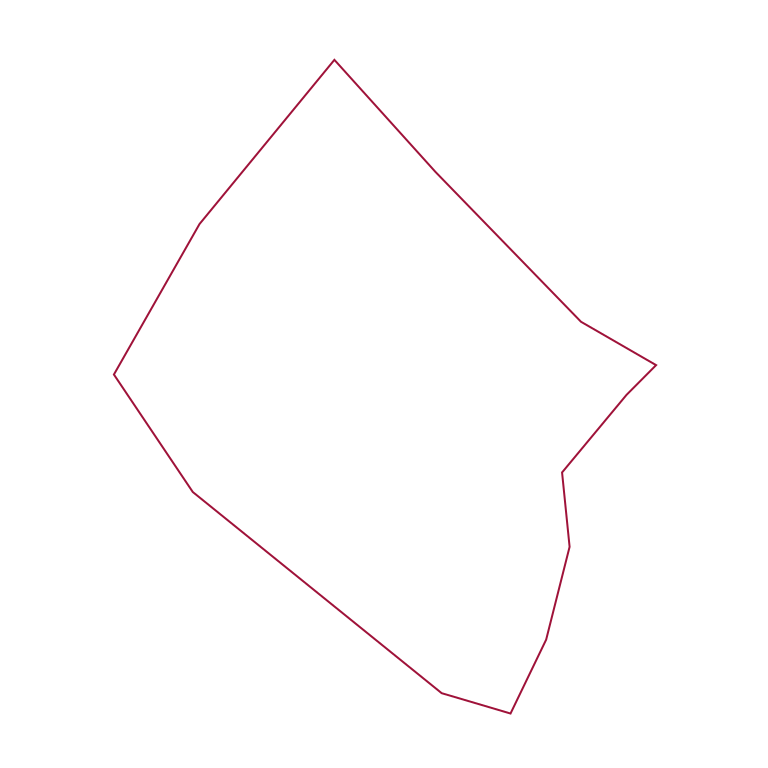 SVG path tracing the border of Saint George, rotated 94°
{"feature_id": "VCT-5067", "entity_name": "Saint George", "entity_type": "Parish", "adm_level": 1, "iso_a3": "VCT", "parent_name": "Saint Vincent and the Grenadines", "parent_adm1": "", "projection": "orthographic", "projection_center": [-61.178, 13.175], "detail": "fine", "context": "isolated", "style": "outline", "palette": "rose", "viewbox_px": 768, "rotation_deg": 94, "n_neighbors": 0, "source": "natural_earth", "source_scale": "10m", "svg_char_len": 332}
<svg xmlns="http://www.w3.org/2000/svg" viewBox="0 0 768 768"><g transform="rotate(94 384 384)"><path d="M703.9,234.8L688.4,304.9L505.1,567.2L393.4,654.1L237.3,579.2L64.1,456.1L168.9,347.4L308.2,191.8L346.2,113.9L377.9,141.3L459.8,200.2L533.5,187.5L627.7,204.4L703.9,234.8Z" fill="none" stroke="#9f1239" stroke-width="2"/></g></svg>